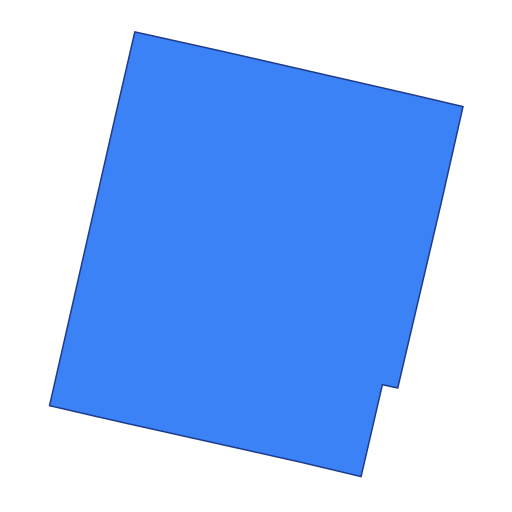 Pontotoc, Mississippi, United States of America, rotated 103°
{"feature_id": "52423323B7740407343608", "entity_name": "Pontotoc", "entity_type": "district", "adm_level": 2, "iso_a3": "USA", "parent_name": "United States of America", "parent_adm1": "Mississippi", "projection": "albers", "projection_center": [-89.026, 34.227], "detail": "fine", "context": "isolated", "style": "filled", "palette": "blue", "viewbox_px": 512, "rotation_deg": 103, "n_neighbors": 0, "source": "geoboundaries", "source_scale": "gbopen_adm2", "svg_char_len": 377}
<svg xmlns="http://www.w3.org/2000/svg" viewBox="0 0 512 512"><g transform="rotate(103 256 256)"><path d="M63.9,87.9L63.7,138.1L63.9,232.0L64.1,328.4L64.9,424.5L161.0,424.5L219.8,424.3L448.3,423.5L448.3,375.8L448.2,343.1L447.7,279.0L447.0,182.4L446.9,166.3L447.3,104.0L353.0,103.9L352.7,88.2L160.7,87.5L63.9,87.9Z" fill="#3b82f6" stroke="#1e3a8a" stroke-width="1.5"/></g></svg>